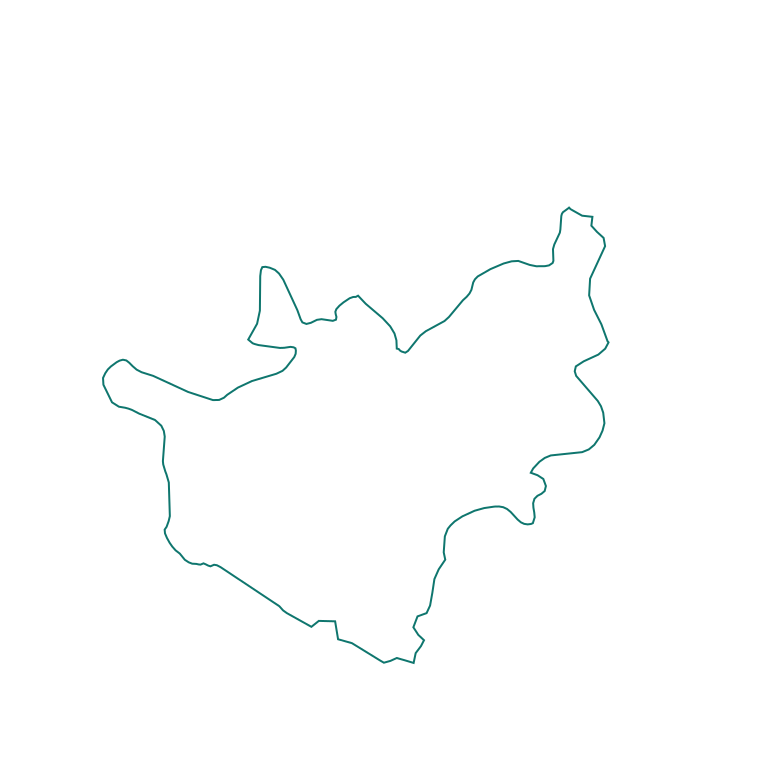 the District of Thaba-Tseka, rotated 313°
{"feature_id": "LSO-1215", "entity_name": "Thaba-Tseka", "entity_type": "District", "adm_level": 1, "iso_a3": "LSO", "parent_name": "Lesotho", "parent_adm1": "", "projection": "natural_earth1", "projection_center": [28.641, -29.5], "detail": "fine", "context": "isolated", "style": "outline", "palette": "teal", "viewbox_px": 768, "rotation_deg": 313, "n_neighbors": 0, "source": "natural_earth", "source_scale": "10m", "svg_char_len": 2998}
<svg xmlns="http://www.w3.org/2000/svg" viewBox="0 0 768 768"><g transform="rotate(313 384 384)"><path d="M639.2,399.1L639.1,401.3L642.2,414.1L648.4,422.4L641.2,427.7L640.5,436.1L640.6,445.0L635.6,451.7L601.6,462.9L588.7,473.6L581.5,487.1L575.9,502.3L567.7,518.4L567.6,519.8L567.4,519.9L560.7,521.7L551.7,520.7L536.8,514.6L527.7,512.3L523.4,514.8L521.0,519.0L517.4,551.9L515.7,557.9L512.5,563.9L505.6,572.0L499.0,575.6L492.0,578.0L482.9,579.3L475.8,578.4L469.3,575.4L445.5,554.7L439.6,552.0L433.1,550.7L424.0,550.7L419.9,551.7L419.2,551.9L422.0,558.5L423.2,565.3L419.8,572.0L415.3,574.5L411.1,574.0L406.9,572.5L402.7,572.3L398.5,574.4L395.4,577.7L392.5,581.5L389.3,585.1L383.7,587.8L381.8,586.9L379.3,584.8L377.3,581.9L376.2,578.5L376.0,574.2L376.8,563.9L376.5,559.2L375.2,555.2L372.9,551.7L369.7,548.4L361.6,541.9L353.1,536.7L340.7,531.6L331.7,529.4L325.9,529.1L321.6,529.4L314.1,532.4L301.6,542.5L297.3,548.6L285.8,550.4L275.7,553.9L264.2,561.8L253.4,568.8L245.5,571.4L236.9,567.0L226.1,571.4L223.9,580.2L223.9,588.0L217.5,589.8L208.8,590.7L200.2,595.9L195.9,587.2L192.3,580.2L185.8,577.5L180.1,574.0L179.2,570.1L172.6,537.3L166.0,524.5L177.1,510.1L166.3,497.9L156.9,496.5L150.2,469.3L149.6,464.6L150.1,459.0L138.6,389.4L137.5,385.4L135.9,383.0L132.3,381.4L131.3,379.3L130.5,376.5L129.7,374.3L126.8,373.0L125.7,371.6L124.4,369.4L121.8,366.3L120.4,362.8L119.6,358.2L120.7,350.3L120.2,345.0L120.7,340.0L121.7,335.4L123.4,330.2L125.4,325.7L127.9,322.9L131.3,322.4L136.9,320.0L141.3,317.5L165.2,293.8L169.6,286.4L170.9,283.7L174.6,277.4L176.8,274.9L196.0,259.5L199.5,255.0L201.6,249.6L201.5,241.1L195.4,225.3L193.1,217.2L191.7,213.9L190.1,210.9L186.6,205.6L185.1,197.6L192.1,179.3L196.8,174.4L201.8,172.8L206.3,172.1L210.6,172.3L217.6,173.6L220.8,174.7L223.7,176.5L225.5,179.5L225.8,183.2L225.6,188.0L225.8,193.3L227.3,198.7L232.5,209.6L244.6,246.2L255.6,269.9L259.9,274.3L264.8,276.3L269.2,276.7L281.7,279.6L296.1,285.4L318.1,298.3L324.4,300.8L329.3,301.2L342.5,300.0L345.8,298.8L348.3,296.8L349.7,294.9L349.2,292.9L347.4,290.3L342.4,286.3L339.4,283.3L326.9,265.7L325.0,262.1L324.2,260.1L323.9,254.4L341.5,250.1L353.0,243.2L378.5,219.9L383.3,216.4L386.5,215.3L388.9,217.4L391.1,221.1L393.1,226.4L393.2,231.9L391.6,239.2L378.9,270.3L374.5,278.9L373.4,282.3L375.0,286.3L378.9,288.8L385.2,291.2L388.8,294.1L395.3,303.5L398.3,305.0L400.6,303.5L402.1,301.1L403.6,299.2L406.2,298.1L410.8,298.0L416.1,298.7L423.3,300.4L426.6,302.1L428.5,304.0L430.9,304.8L430.2,315.9L431.2,338.2L430.4,349.2L428.1,357.2L424.4,363.3L418.6,369.2L419.6,370.9L419.4,372.8L419.7,374.6L421.4,378.2L424.5,379.0L444.2,377.5L451.2,378.6L471.3,385.3L477.3,385.8L499.1,384.6L504.1,385.0L508.5,384.8L512.5,383.7L519.1,380.0L522.6,379.1L526.6,379.2L540.6,383.5L553.7,389.3L560.8,393.7L565.6,398.3L570.5,409.4L574.0,415.1L580.0,421.4L583.3,423.8L587.5,424.8L589.6,423.9L597.9,415.6L602.2,413.4L614.6,409.4L617.3,407.6L627.8,399.1L629.7,398.1L631.6,397.7L639.0,399.1L639.2,399.1Z" fill="none" stroke="#0f766e" stroke-width="2"/></g></svg>